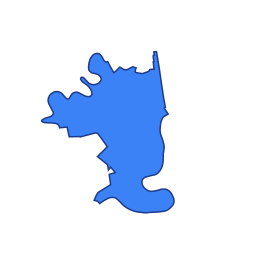 the district of Kien An, Hải Phòng, Vietnam, rotated 127°
{"feature_id": "81297802B17638458778811", "entity_name": "Kien An", "entity_type": "district", "adm_level": 2, "iso_a3": "VNM", "parent_name": "Vietnam", "parent_adm1": "Hải Phòng", "projection": "robinson", "projection_center": [106.638, 20.806], "detail": "fine", "context": "isolated", "style": "filled", "palette": "blue", "viewbox_px": 256, "rotation_deg": 127, "n_neighbors": 0, "source": "geoboundaries", "source_scale": "gbopen_adm2", "svg_char_len": 3860}
<svg xmlns="http://www.w3.org/2000/svg" viewBox="0 0 256 256"><g transform="rotate(127 128 128)"><path d="M92.7,104.3L91.9,106.5L90.4,110.9L89.0,110.6L82.2,118.0L69.4,131.0L63.6,136.9L63.0,137.4L49.9,151.2L51.6,153.2L54.1,150.9L54.9,151.5L56.4,150.4L59.4,147.2L60.0,147.7L65.5,142.5L66.4,143.9L67.6,145.3L68.4,145.9L69.2,145.4L69.8,145.5L71.5,146.3L74.0,148.0L75.2,148.7L76.0,149.5L77.0,151.2L78.0,153.1L78.1,153.4L78.7,154.6L79.0,155.5L78.5,156.3L76.8,157.2L75.1,157.6L75.8,159.4L75.9,160.7L76.7,161.3L77.0,161.5L78.3,162.1L79.4,162.6L80.8,163.3L82.1,163.9L82.6,164.3L82.8,164.9L83.1,165.1L83.5,166.0L83.8,166.9L84.0,168.2L84.1,169.7L84.2,170.8L84.4,171.2L86.0,171.4L88.2,171.8L90.1,172.0L92.4,172.7L90.6,176.7L89.8,178.7L87.2,184.2L88.2,184.9L88.6,185.4L88.7,186.0L88.7,186.7L88.6,187.7L86.6,192.1L86.2,194.0L86.1,194.8L86.1,195.5L86.2,196.2L86.6,197.0L87.9,198.5L88.7,199.0L89.4,199.4L90.5,199.8L91.7,200.0L92.8,200.0L94.2,199.9L95.8,199.7L99.5,198.3L102.3,196.7L103.2,196.2L104.1,195.3L104.9,194.5L105.4,193.8L105.6,193.1L105.7,192.3L105.8,191.1L105.7,190.3L105.6,189.7L104.2,186.6L103.6,184.7L103.4,183.6L103.4,182.1L103.6,181.0L104.1,179.8L104.7,179.1L105.5,178.6L106.8,178.2L108.2,178.2L109.3,178.3L111.0,179.0L112.7,180.1L113.7,181.1L114.6,182.2L115.2,183.4L115.6,184.9L115.8,186.0L115.6,187.6L114.6,193.1L114.6,194.0L114.8,194.8L115.2,195.3L115.7,195.8L116.6,195.8L117.3,195.4L118.0,194.2L118.5,192.7L118.5,191.0L118.4,186.7L118.6,184.8L119.0,182.9L119.6,181.1L120.5,179.5L121.5,178.3L122.5,177.3L122.6,177.2L123.4,177.0L124.5,176.9L125.5,177.3L126.3,177.9L127.4,179.3L128.3,181.7L129.6,189.1L130.3,190.7L131.5,191.9L133.1,192.9L134.7,193.3L137.9,192.9L140.0,192.8L140.8,193.1L141.2,193.8L141.4,194.7L141.4,195.8L140.6,199.6L140.2,201.9L140.3,203.4L140.8,205.2L142.0,207.1L143.7,208.7L145.7,209.6L147.7,210.1L149.4,210.2L152.3,209.5L154.4,208.2L156.2,206.0L159.8,198.5L160.3,197.5L160.9,196.7L161.3,196.5L161.7,196.3L162.5,196.1L163.1,196.1L165.3,196.6L170.3,200.2L172.5,201.2L173.8,201.5L174.3,201.3L174.6,200.6L174.5,199.5L173.8,197.7L170.1,192.3L168.0,188.8L167.5,187.1L167.4,185.7L167.7,184.5L169.0,182.7L163.9,177.2L170.4,169.7L165.0,162.8L164.3,162.0L164.0,161.4L164.0,160.8L163.7,160.6L162.5,159.7L152.0,151.4L151.2,150.8L150.9,149.9L150.8,149.2L150.8,148.5L150.8,147.9L151.7,145.0L154.7,135.4L155.5,133.2L157.8,133.7L158.5,133.6L165.6,134.7L169.2,135.2L169.6,123.4L169.3,122.6L169.4,122.3L173.3,118.4L169.8,118.4L169.7,118.4L171.2,111.3L176.4,115.1L181.3,110.2L183.7,107.8L190.5,110.4L197.0,112.9L197.7,113.1L200.9,112.8L206.1,111.5L204.8,108.1L205.4,105.1L202.2,104.2L199.4,103.1L197.4,102.1L195.4,101.2L194.1,100.1L192.7,98.6L192.0,97.4L191.5,96.2L191.4,95.0L191.4,93.4L191.8,90.1L192.4,86.4L192.5,84.9L192.6,83.6L192.5,81.0L192.2,78.8L191.9,77.2L191.5,75.6L191.0,73.9L190.2,71.8L188.9,69.1L187.8,67.3L185.6,63.5L184.7,62.4L183.4,60.9L182.3,59.9L181.4,58.7L180.9,58.1L178.7,55.5L177.4,53.9L175.7,52.1L174.4,50.8L173.3,49.6L172.3,48.7L171.8,48.4L171.2,47.9L168.9,46.7L166.7,46.2L164.6,45.9L163.0,45.8L161.7,45.9L160.5,46.3L159.8,46.5L158.7,47.2L157.7,48.1L156.8,49.0L156.1,50.2L155.4,51.5L154.7,52.8L154.0,54.6L153.6,56.4L153.5,57.7L153.7,59.0L154.0,60.5L154.6,61.8L155.5,63.0L156.7,64.4L161.3,67.9L164.1,70.6L165.0,71.9L165.6,73.1L165.9,74.1L166.1,75.3L166.1,76.8L166.1,78.0L165.9,79.4L165.6,80.7L165.0,81.9L163.9,83.3L162.7,84.4L161.4,85.2L159.9,85.4L158.6,85.2L157.2,84.8L155.5,83.6L152.1,80.9L149.5,78.6L148.3,77.9L146.7,77.2L145.1,76.9L143.7,76.8L143.4,76.8L142.2,76.8L140.5,77.1L140.3,77.1L138.2,77.6L136.3,78.4L134.8,79.2L132.8,80.3L131.0,81.7L127.4,84.3L124.7,85.7L122.8,86.8L121.5,87.6L119.5,89.5L118.5,90.8L116.9,92.8L113.5,98.0L112.4,99.3L110.1,101.4L108.3,102.5L106.4,103.7L104.6,104.7L102.7,105.5L101.2,106.0L100.7,106.1L99.9,106.3L98.6,106.4L97.0,106.1L92.7,104.3Z" fill="#3b82f6" stroke="#1e3a8a" stroke-width="1.5"/></g></svg>